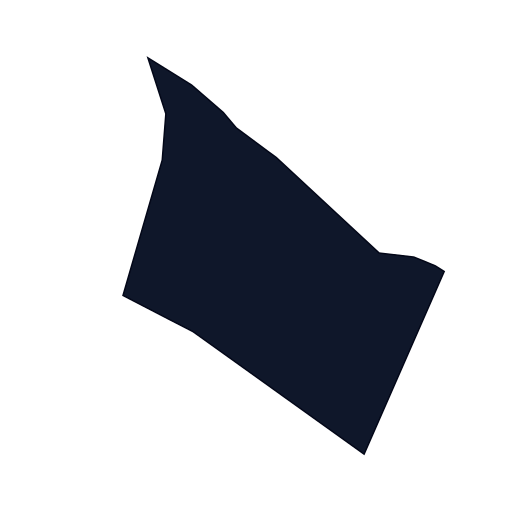 outline of Badr, Al Qahirah, Egypt, rotated 29°
{"feature_id": "37247803B98610862498628", "entity_name": "Badr", "entity_type": "district", "adm_level": 2, "iso_a3": "EGY", "parent_name": "Egypt", "parent_adm1": "Al Qahirah", "projection": "natural_earth1", "projection_center": [31.692, 30.146], "detail": "fine", "context": "isolated", "style": "filled", "palette": "ink", "viewbox_px": 512, "rotation_deg": 29, "n_neighbors": 0, "source": "geoboundaries", "source_scale": "gbopen_adm2", "svg_char_len": 457}
<svg xmlns="http://www.w3.org/2000/svg" viewBox="0 0 512 512"><g transform="rotate(29 256 256)"><path d="M336.3,364.1L350.0,365.7L446.6,376.9L428.1,178.3L417.7,177.7L409.6,178.6L394.6,180.4L362.3,193.7L315.3,182.1L225.9,160.0L214.7,158.6L176.6,153.5L163.7,148.6L158.0,146.4L128.7,140.2L116.8,137.7L65.4,135.1L108.2,175.3L127.5,217.6L158.8,355.0L211.8,353.5L237.6,352.7L243.7,353.4L336.3,364.1Z" fill="#0f172a" stroke="#020617" stroke-width="1.5"/></g></svg>